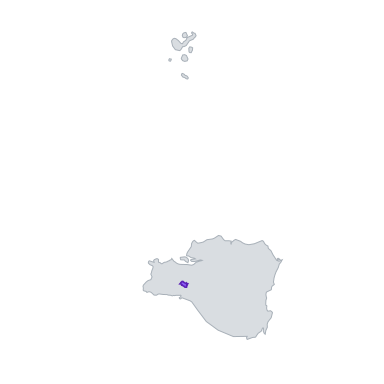 location of Sigsig, Azuay, Ecuador, rotated 76°
{"feature_id": "8360857B4650736479610", "entity_name": "Sigsig", "entity_type": "district", "adm_level": 2, "iso_a3": "ECU", "parent_name": "Ecuador", "parent_adm1": "Azuay", "projection": "natural_earth1", "projection_center": [-78.88, -3.133], "detail": "fine", "context": "in_parent", "style": "filled", "palette": "violet", "viewbox_px": 384, "rotation_deg": 76, "n_neighbors": 0, "source": "geoboundaries", "source_scale": "gbopen_adm2", "svg_char_len": 5185}
<svg xmlns="http://www.w3.org/2000/svg" viewBox="0 0 384 384"><g transform="rotate(76 192 192)"><path d="M347.7,155.4L346.7,156.1L344.1,156.5L342.0,155.7L341.2,155.7L341.1,156.5L343.8,158.5L345.1,162.0L347.0,164.2L348.1,165.3L348.2,166.0L347.9,167.4L347.8,168.6L348.4,174.0L348.0,174.3L346.5,174.3L345.4,173.4L342.3,186.8L332.4,200.1L321.1,209.5L308.2,215.0L298.6,218.8L297.1,220.2L292.5,226.9L292.2,227.6L292.9,228.7L292.9,229.4L292.2,229.9L291.6,230.0L291.4,229.6L291.2,228.8L290.5,228.0L289.8,227.7L289.4,227.9L289.3,228.7L288.4,232.3L288.3,234.1L287.9,234.8L288.0,236.3L287.0,237.8L286.2,240.2L285.5,241.0L284.5,244.7L283.0,248.4L282.9,249.7L283.3,250.6L283.5,251.4L282.9,253.7L279.5,255.9L278.7,257.0L278.3,258.2L278.5,259.3L278.4,260.2L277.4,260.5L276.3,262.6L275.4,263.1L273.3,262.4L271.8,262.4L270.6,261.7L268.2,258.1L267.3,256.0L267.1,253.1L264.7,251.3L261.7,251.8L260.8,251.1L258.5,249.9L256.6,248.5L255.2,247.8L254.1,248.1L252.3,250.4L250.5,251.5L249.8,251.4L248.7,250.7L248.5,249.9L251.1,245.8L249.2,245.8L248.5,244.9L248.4,243.9L248.1,242.8L248.5,241.5L249.5,240.8L251.0,241.3L252.1,241.4L252.8,240.1L254.1,239.2L254.4,238.5L253.7,236.6L253.5,235.5L253.7,234.9L253.6,232.7L253.2,231.9L253.2,230.7L252.8,230.0L252.6,228.5L251.6,227.7L254.8,226.3L255.9,225.2L257.3,224.2L258.5,222.7L259.3,221.2L261.2,214.3L263.0,209.9L262.7,207.8L261.2,205.0L260.9,200.8L261.0,199.6L260.8,198.6L259.9,200.3L260.1,206.5L259.2,209.2L258.0,209.9L257.3,209.4L257.7,204.9L256.8,205.7L255.4,208.8L253.1,211.0L253.0,211.8L252.4,212.7L250.6,211.9L249.3,210.9L244.8,205.9L241.8,204.8L240.1,203.1L239.7,202.3L239.5,201.3L241.3,200.2L243.1,198.8L243.3,195.7L243.3,193.2L241.9,189.0L242.5,183.5L242.2,181.4L240.6,176.8L241.8,174.5L245.9,172.8L247.3,171.7L248.2,168.1L249.1,165.9L251.0,166.8L252.4,166.7L250.5,165.9L248.9,162.6L248.6,161.1L251.7,156.7L253.3,155.5L255.3,153.1L256.9,149.6L257.3,144.0L256.7,139.9L256.1,135.7L257.1,134.6L259.7,134.0L261.7,132.7L262.8,131.4L265.2,131.6L268.0,129.6L272.5,128.6L278.8,126.4L280.2,124.4L279.6,120.9L281.9,123.0L283.0,124.7L286.2,126.6L290.0,129.9L292.5,131.6L295.3,133.2L299.2,134.8L301.6,134.5L302.7,137.0L303.6,137.8L305.8,138.6L306.1,139.0L307.0,143.6L307.5,144.3L309.4,145.1L311.9,145.3L312.9,145.2L315.0,146.5L318.3,147.5L319.5,147.7L320.0,147.5L320.2,147.0L321.2,147.1L322.6,147.7L324.7,147.8L326.0,147.2L326.2,144.6L326.7,144.1L328.2,143.1L328.9,143.3L332.8,145.4L333.6,146.1L334.6,147.5L336.4,149.7L338.4,151.0L341.4,151.6L344.3,153.9L347.7,155.4ZM42.9,152.4L44.1,153.9L44.7,157.9L48.5,162.2L49.0,164.6L48.7,165.7L48.9,166.1L50.7,167.8L51.9,169.6L49.9,173.7L45.6,175.5L41.0,175.4L40.1,175.0L38.9,173.4L38.6,172.0L39.3,170.6L41.7,168.6L45.3,166.7L45.8,165.3L44.3,164.0L43.3,161.2L41.0,159.3L39.9,153.5L39.1,153.2L37.6,154.0L36.8,153.3L36.7,153.0L38.4,151.6L38.7,150.7L41.2,150.2L42.2,151.0L42.9,152.4ZM60.8,170.0L59.8,170.1L56.8,167.9L57.0,165.8L58.2,164.4L62.0,163.7L63.6,165.0L63.5,167.5L62.2,169.4L61.1,169.7L60.8,170.0ZM255.3,218.6L255.0,219.4L253.1,219.4L252.6,219.1L253.1,215.0L253.6,213.7L255.1,212.5L256.3,211.9L257.9,212.0L259.6,213.1L257.6,215.2L256.1,215.8L255.3,218.6ZM39.9,163.2L38.0,163.6L36.4,162.8L35.7,161.6L35.6,159.9L35.7,159.3L39.3,158.6L40.5,160.1L40.4,162.3L39.9,163.2ZM78.2,173.1L76.0,174.0L74.7,173.2L74.6,172.6L75.8,171.2L77.1,170.5L78.1,168.9L80.1,168.0L80.7,168.2L81.1,168.5L81.3,169.1L80.6,170.3L79.4,171.2L78.2,173.1ZM56.2,160.4L55.3,161.0L51.7,160.3L50.6,159.0L51.5,157.2L52.3,156.5L54.4,157.2L56.6,159.1L56.2,160.4ZM59.1,182.6L58.3,182.6L57.2,181.7L58.1,179.9L59.5,180.8L59.9,181.5L59.1,182.6ZM278.6,125.4L277.5,125.5L277.1,124.5L278.4,123.2L278.8,123.0L278.6,125.4Z" fill="#d9dde1" stroke="#a8b0b8" stroke-width="1"/><path d="M281.2,218.8L281.1,219.0L281.1,219.3L281.0,219.2L280.9,219.0L280.9,218.9L280.7,218.8L280.7,219.0L280.4,219.1L280.2,218.9L280.2,219.0L280.1,218.9L279.9,218.8L279.7,218.8L279.7,218.7L279.5,218.9L279.6,219.1L279.4,219.1L279.2,219.2L279.0,219.3L279.3,219.5L279.2,219.5L279.1,219.8L279.2,220.0L278.9,220.3L278.9,220.5L278.7,220.8L278.4,220.9L278.3,221.0L278.2,221.2L278.1,221.3L277.9,221.4L277.9,221.5L277.7,221.7L277.7,221.8L277.5,222.0L277.4,222.0L277.2,222.1L276.9,222.2L276.9,222.3L276.7,222.4L276.8,222.6L276.7,222.7L276.7,222.8L276.4,223.0L276.4,223.3L276.5,223.3L276.6,223.5L276.8,223.7L276.8,223.8L276.8,224.0L277.0,224.1L277.1,224.3L277.1,224.6L277.1,224.8L277.3,224.9L277.5,224.9L277.5,225.0L277.5,224.9L277.5,225.0L277.7,225.3L277.7,225.2L277.8,225.2L277.8,225.3L278.0,225.4L278.1,225.5L278.1,225.4L278.2,225.2L278.3,225.2L278.5,225.2L278.8,225.0L278.8,224.8L278.9,224.7L279.0,224.7L279.3,224.6L279.5,224.4L279.6,224.2L279.7,224.3L279.8,224.3L279.8,224.5L280.0,224.6L280.1,224.4L280.3,224.1L280.4,223.9L280.5,223.8L280.8,223.5L280.8,223.4L281.0,223.2L281.2,222.9L281.3,222.9L281.6,222.7L281.6,222.4L281.8,222.3L282.0,222.3L282.2,222.2L282.3,222.2L282.5,222.1L282.8,221.5L282.9,221.2L282.9,220.7L283.0,220.7L283.1,220.4L283.0,220.2L282.9,220.2L282.7,220.2L282.4,220.0L282.3,219.9L282.2,219.9L282.2,220.0L282.0,219.9L281.9,219.9L281.7,219.9L281.5,219.7L281.4,219.7L281.4,219.4L281.3,219.2L281.2,219.1L281.2,218.9L281.2,218.8Z" fill="#8b5cf6" stroke="#5b21b6" stroke-width="1.5"/></g></svg>